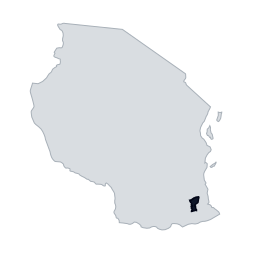 Ruangwa, Lindi, United Republic of Tanzania shown in context, rotated 7°
{"feature_id": "72390352B35310074637090", "entity_name": "Ruangwa", "entity_type": "district", "adm_level": 2, "iso_a3": "TZA", "parent_name": "United Republic of Tanzania", "parent_adm1": "Lindi", "projection": "albers", "projection_center": [38.983, -10.09], "detail": "medium", "context": "in_parent", "style": "filled", "palette": "ink", "viewbox_px": 256, "rotation_deg": 7, "n_neighbors": 0, "source": "geoboundaries", "source_scale": "gbopen_adm2", "svg_char_len": 5213}
<svg xmlns="http://www.w3.org/2000/svg" viewBox="0 0 256 256"><g transform="rotate(7 128 128)"><path d="M93.7,183.9L90.7,182.4L88.0,181.5L85.8,180.5L84.8,179.5L82.8,179.2L81.0,179.0L79.3,178.1L75.9,177.8L75.5,177.2L75.5,175.8L74.9,175.4L73.6,175.1L72.3,175.1L71.5,175.4L71.0,175.3L69.9,174.5L68.9,173.4L68.4,171.8L66.9,170.7L65.1,169.9L60.1,170.1L59.3,169.9L58.1,169.0L56.7,167.7L55.6,166.1L54.5,163.9L53.5,161.0L47.5,149.4L46.8,147.2L45.6,144.8L43.7,141.8L41.8,139.6L39.1,137.6L36.0,135.7L34.4,134.4L31.2,128.9L30.5,126.4L29.9,123.7L30.1,122.6L31.9,119.1L32.1,118.1L31.8,116.8L30.8,114.1L29.5,110.8L26.9,104.8L26.5,103.3L26.5,102.1L27.7,95.9L27.7,95.1L33.4,95.0L37.6,92.2L41.1,88.1L41.8,86.4L43.2,83.7L44.6,82.4L45.2,81.5L46.0,78.9L47.8,77.1L49.7,75.7L49.3,74.8L49.5,74.4L50.5,73.7L52.5,73.1L52.9,71.7L52.8,70.2L52.5,69.3L52.5,68.3L52.2,67.8L50.9,67.7L48.9,67.0L47.3,66.7L46.2,66.3L45.8,66.0L45.6,65.1L46.4,62.7L45.5,61.8L47.4,57.8L47.8,57.3L48.5,57.2L49.6,56.8L50.7,56.6L51.6,56.7L52.2,56.5L52.8,56.1L53.2,54.7L53.6,52.5L53.3,50.7L52.4,49.4L52.2,47.3L52.5,44.4L52.1,42.1L51.2,40.2L50.2,39.1L48.7,38.6L46.4,35.8L45.6,34.4L45.7,33.6L46.5,33.2L48.0,33.3L49.3,32.9L50.6,32.1L51.8,31.8L52.5,31.9L110.4,30.8L178.3,67.1L178.6,67.5L179.2,70.7L179.1,71.8L178.0,73.6L177.7,74.6L177.7,75.3L178.0,75.5L178.9,75.6L179.6,76.0L179.9,76.4L180.5,77.8L181.2,78.5L206.7,96.6L207.3,96.9L206.9,98.5L205.5,102.2L205.4,103.7L204.9,105.5L204.3,106.7L202.9,112.0L201.6,113.9L200.0,118.5L199.7,122.0L200.6,124.5L201.0,126.8L202.9,129.0L204.5,129.8L205.5,130.9L207.4,133.2L208.5,135.6L211.8,136.8L213.2,139.4L212.7,141.2L211.1,142.7L209.7,145.2L208.5,148.4L208.5,153.3L209.2,152.6L211.0,153.8L211.2,157.4L209.4,161.6L208.8,163.6L208.8,165.3L210.1,170.4L212.1,173.0L211.9,173.8L211.4,174.4L214.8,179.0L214.5,183.0L215.8,186.0L216.4,188.7L217.2,190.8L217.4,192.2L216.3,193.8L218.8,194.2L220.3,195.4L220.9,196.7L222.7,196.6L223.7,197.5L225.1,198.2L228.2,200.2L229.0,201.3L229.5,202.3L221.0,208.8L217.9,210.4L215.7,211.2L213.4,211.6L211.1,212.6L209.0,214.2L206.3,215.1L203.0,215.1L199.6,216.2L194.2,219.6L191.0,217.7L188.5,217.1L185.6,217.2L183.9,217.4L183.3,217.8L182.7,219.0L182.3,220.8L180.4,222.6L177.2,224.4L174.1,225.0L171.4,224.6L169.5,223.9L168.5,222.9L167.1,222.5L165.2,222.6L163.4,223.3L161.6,224.6L158.9,225.2L155.0,225.1L153.0,224.5L152.7,223.3L151.0,222.0L147.9,220.6L145.7,220.6L144.3,222.0L142.9,222.9L141.8,223.3L140.7,223.4L139.1,223.0L134.9,222.9L130.9,223.0L130.5,220.9L129.6,219.6L128.9,218.9L127.5,218.7L127.1,218.1L126.7,216.8L126.0,215.7L125.1,214.8L124.5,214.0L124.3,213.2L124.4,212.3L125.3,210.2L125.5,208.7L125.4,207.2L124.9,205.7L123.9,203.9L124.0,203.3L123.7,202.1L123.7,201.2L123.8,200.1L123.6,198.7L122.8,195.6L122.7,194.8L121.9,193.4L119.1,189.9L119.0,189.4L114.8,186.0L113.1,185.2L112.5,185.9L112.3,186.5L112.5,187.6L112.4,188.2L112.2,188.4L111.2,188.4L110.6,188.3L109.0,187.4L107.8,187.2L104.7,187.4L103.6,187.6L102.8,187.4L101.1,185.8L99.2,185.5L97.5,185.5L94.7,183.7L93.7,183.9ZM212.3,123.9L213.7,127.8L213.5,128.5L212.5,129.0L212.0,129.0L211.4,128.4L211.0,127.1L210.2,127.4L208.9,125.8L207.7,125.7L206.6,123.9L207.0,122.2L206.8,119.5L208.1,118.1L208.9,115.7L209.8,117.3L210.0,119.8L211.1,122.8L212.3,123.9ZM219.1,100.8L219.2,101.7L218.9,102.6L218.9,105.4L218.8,107.2L217.8,109.7L216.9,110.6L216.2,110.3L215.5,109.9L215.1,109.2L216.1,104.6L215.6,101.2L217.5,101.5L219.1,100.8ZM216.1,156.8L215.2,157.0L214.8,156.8L214.2,156.1L215.2,155.4L216.2,154.1L218.6,152.3L219.7,150.8L219.5,152.3L218.2,155.4L217.1,155.6L216.1,156.8Z" fill="#d9dde1" stroke="#a8b0b8" stroke-width="1"/><path d="M198.1,192.3L198.2,192.5L198.3,192.6L198.3,192.8L198.4,193.1L198.9,193.2L198.8,193.5L198.9,193.8L199.5,194.4L200.0,194.7L200.4,195.2L200.4,196.0L200.4,196.4L200.2,196.5L200.3,196.9L200.7,197.1L200.9,197.3L201.2,197.3L201.4,197.3L201.4,198.1L200.6,198.2L200.3,198.3L200.8,199.5L200.7,199.8L200.7,200.0L201.0,200.2L201.4,200.2L201.9,200.5L201.9,201.9L201.7,201.9L201.4,201.9L201.4,201.7L201.3,201.8L201.2,202.3L201.2,203.1L201.3,203.1L201.5,202.9L201.8,202.9L202.0,202.8L202.4,202.7L202.5,202.5L202.8,202.4L202.9,202.2L203.2,202.2L203.3,202.2L203.5,202.1L203.9,202.0L204.0,202.0L204.2,201.9L204.4,201.9L204.9,201.5L204.9,201.4L205.1,201.4L205.3,201.4L205.5,201.1L205.9,201.0L206.0,201.1L206.0,200.9L205.8,200.6L205.5,200.5L205.4,200.6L204.6,198.1L204.6,197.3L204.5,197.2L203.7,197.2L203.6,196.6L203.6,196.3L203.9,196.0L204.1,196.0L204.3,195.7L204.7,195.0L206.2,193.8L206.5,193.4L206.6,191.5L206.6,189.4L206.8,189.0L206.6,188.5L206.7,188.1L206.6,187.9L206.3,187.8L206.3,187.7L206.1,187.7L205.9,187.8L206.0,187.9L205.8,187.9L205.7,188.2L205.5,188.3L205.3,188.3L205.2,188.1L204.8,188.1L204.7,188.1L204.5,188.4L204.3,188.3L204.0,188.4L203.9,188.6L203.6,188.8L203.5,188.6L203.4,188.6L203.3,188.9L202.8,189.0L202.7,189.2L202.6,189.3L202.4,189.4L202.3,189.6L202.0,189.5L201.8,189.8L201.6,189.7L201.5,189.8L201.4,190.0L201.5,190.1L201.5,190.3L201.4,190.5L201.2,190.7L201.1,190.8L200.9,190.7L200.6,190.6L200.5,190.8L200.3,190.9L200.2,191.0L200.3,191.2L200.2,191.4L199.9,191.5L199.6,191.6L199.4,191.8L199.3,191.7L199.1,191.8L198.9,191.8L198.6,191.9L198.5,192.3L198.1,192.3Z" fill="#0f172a" stroke="#020617" stroke-width="1.5"/></g></svg>